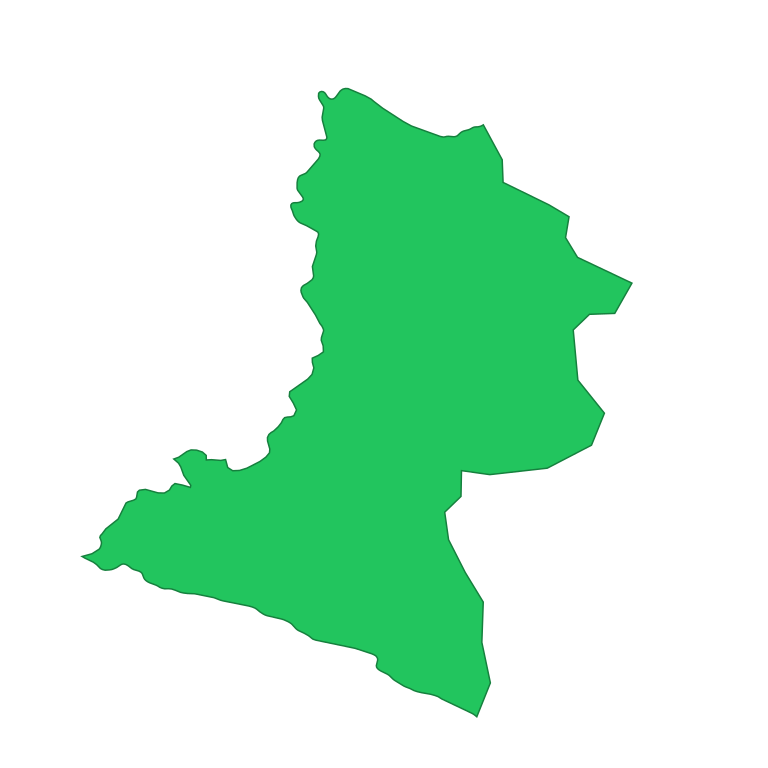 map outline of Amoron'i Mania (Equal Earth projection), rotated 292°
{"feature_id": "MDG-5861", "entity_name": "Amoron'i Mania", "entity_type": "Autonomous Province", "adm_level": 1, "iso_a3": "MDG", "parent_name": "Madagascar", "parent_adm1": "", "projection": "equal_earth", "projection_center": [46.639, -20.465], "detail": "fine", "context": "isolated", "style": "filled", "palette": "green", "viewbox_px": 768, "rotation_deg": 292, "n_neighbors": 0, "source": "natural_earth", "source_scale": "10m", "svg_char_len": 4035}
<svg xmlns="http://www.w3.org/2000/svg" viewBox="0 0 768 768"><g transform="rotate(292 384 384)"><path d="M111.0,168.7L117.2,176.8L124.2,181.8L126.2,182.2L128.6,182.1L130.9,181.6L132.6,180.5L135.3,178.0L137.3,177.9L139.3,178.7L145.6,180.4L159.2,188.1L177.0,189.4L178.8,190.8L182.4,195.3L184.5,197.0L186.4,197.0L191.5,195.9L193.9,197.0L196.9,202.3L198.4,215.3L200.6,221.2L205.3,224.8L209.9,225.5L213.4,227.5L214.8,235.1L215.6,243.2L217.7,242.8L224.3,232.6L231.0,226.6L233.6,223.2L235.7,217.2L239.2,221.1L247.5,226.5L250.6,229.8L252.5,235.1L252.9,241.1L251.2,245.9L247.0,247.7L249.2,252.4L252.0,261.3L254.6,265.4L248.0,270.4L246.9,276.2L249.7,282.4L254.6,288.4L265.7,298.0L272.0,301.9L277.3,303.6L280.9,302.5L287.5,297.4L290.7,296.0L294.1,296.2L296.7,297.5L299.0,299.3L304.6,301.9L309.8,303.4L313.2,303.6L315.6,304.5L317.2,306.9L318.6,309.8L320.8,312.3L327.2,312.6L332.4,307.0L337.0,300.8L341.5,299.5L359.9,311.4L365.9,313.7L372.7,312.9L377.2,309.5L381.1,307.8L385.8,312.3L391.1,315.8L396.6,313.3L401.1,309.4L403.7,308.6L410.7,308.1L412.2,307.2L413.3,306.0L414.4,304.8L416.1,301.9L422.4,294.5L431.0,282.3L433.4,277.6L434.4,276.3L438.0,272.9L439.7,271.9L442.3,271.4L444.1,271.9L445.4,272.6L448.5,275.1L453.7,278.2L455.9,278.6L457.8,278.3L466.1,273.6L478.8,272.8L481.0,272.3L486.4,269.0L491.2,267.8L496.0,267.7L498.5,267.2L500.0,265.9L500.4,263.9L501.8,252.8L502.0,246.1L502.4,244.1L503.1,242.4L504.0,240.8L505.9,238.1L507.0,236.9L510.6,233.9L511.8,232.6L513.2,231.4L515.1,230.6L516.7,230.9L517.9,231.9L518.7,233.4L519.5,235.4L520.7,237.4L522.8,239.5L524.6,240.1L526.0,239.5L527.0,238.3L531.1,231.7L531.8,230.9L532.9,230.1L538.2,228.0L541.3,227.3L543.4,227.3L545.2,227.9L546.4,228.9L549.8,232.3L551.2,233.1L568.2,238.9L571.1,239.2L573.1,238.7L574.2,237.5L575.0,235.9L575.6,234.1L576.5,232.2L577.8,230.5L580.4,229.3L582.2,229.4L583.9,230.1L585.0,231.1L585.9,232.6L587.3,236.5L588.5,238.5L590.0,238.9L591.4,238.6L605.3,228.2L608.2,226.7L616.7,224.9L618.3,224.3L619.4,223.2L623.3,217.8L624.6,216.4L626.3,215.4L629.1,214.5L630.7,215.1L631.8,216.4L632.2,218.0L631.9,219.8L631.1,221.2L629.2,223.9L628.5,225.5L628.2,227.3L628.6,229.0L629.5,230.3L630.9,231.3L632.8,232.0L639.2,233.6L640.6,234.4L641.9,235.3L642.9,236.6L643.6,237.7L644.4,240.0L644.1,258.6L643.3,265.4L642.1,269.0L639.2,279.5L634.6,303.3L633.5,312.8L634.6,343.3L635.2,346.5L636.0,348.0L637.0,349.3L637.8,350.9L639.5,356.4L640.4,357.8L641.5,358.9L645.9,361.0L647.3,362.0L648.4,363.1L651.3,367.0L652.4,368.2L654.9,370.2L656.0,371.4L656.8,372.9L657.5,374.5L658.5,376.1L659.7,377.6L661.5,379.0L636.2,409.6L615.5,418.9L611.9,469.8L608.4,492.9L587.7,497.5L573.9,516.0L570.4,576.1L535.9,571.5L525.6,548.4L505.0,539.2L460.2,562.3L439.5,599.3L405.0,599.3L367.1,566.9L339.6,516.0L332.7,488.3L308.6,497.5L287.9,488.3L263.8,502.2L239.7,529.9L219.0,557.7L181.1,571.5L146.7,594.6L110.2,594.7L110.8,592.9L111.3,591.0L111.6,589.1L113.6,555.6L114.4,551.4L114.3,548.0L113.8,543.4L111.9,534.6L111.2,530.0L111.0,526.6L111.4,522.1L111.3,517.6L111.4,515.5L113.2,504.8L113.7,503.0L115.1,499.6L115.8,497.9L116.2,495.8L116.7,488.7L117.1,486.4L117.7,484.6L118.7,483.2L120.0,482.4L125.4,481.6L126.9,481.0L128.0,479.8L128.9,478.2L129.2,476.1L129.3,473.8L128.1,456.3L121.0,417.0L120.8,413.7L121.3,411.8L121.9,410.0L122.4,408.1L123.0,403.6L123.4,396.8L123.8,395.1L124.2,393.9L126.9,388.3L127.4,386.3L127.7,384.2L127.9,379.4L127.7,377.1L125.4,362.5L125.3,360.3L125.5,358.1L126.3,354.1L127.5,350.4L127.9,348.3L127.9,345.4L127.5,341.8L122.7,316.4L122.3,313.4L122.2,306.4L118.6,287.1L116.2,280.4L115.1,276.3L114.6,273.3L114.6,267.8L114.4,264.1L113.6,261.2L111.9,257.2L111.5,254.6L111.5,252.3L111.9,250.2L112.1,248.1L111.9,241.1L112.1,238.8L112.6,236.8L113.3,235.2L114.3,233.9L116.6,231.8L117.8,230.6L118.5,228.9L118.7,226.7L118.2,221.5L118.4,219.2L119.6,215.1L120.0,212.3L119.7,210.3L118.9,208.7L117.7,207.6L113.7,204.9L111.4,202.7L110.0,201.1L108.7,198.9L106.9,195.2L106.5,192.4L106.7,190.2L108.9,185.2L109.4,183.3L109.9,181.2L110.5,172.0L111.0,168.7Z" fill="#22c55e" stroke="#15803d" stroke-width="1.5"/></g></svg>